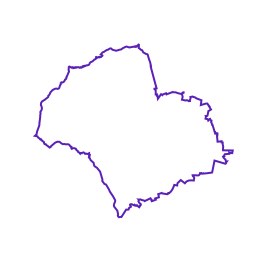 outline of Guadalajara, Jalisco, Mexico, rotated 249°
{"feature_id": "50627088B82139506900234", "entity_name": "Guadalajara", "entity_type": "district", "adm_level": 2, "iso_a3": "MEX", "parent_name": "Mexico", "parent_adm1": "Jalisco", "projection": "albers", "projection_center": [-103.334, 20.678], "detail": "fine", "context": "isolated", "style": "outline", "palette": "violet", "viewbox_px": 256, "rotation_deg": 249, "n_neighbors": 0, "source": "geoboundaries", "source_scale": "gbopen_adm2", "svg_char_len": 5785}
<svg xmlns="http://www.w3.org/2000/svg" viewBox="0 0 256 256"><g transform="rotate(249 128 128)"><path d="M180.7,54.9L179.0,55.0L177.5,54.8L176.2,54.1L175.4,53.3L174.6,52.1L174.2,51.8L173.0,51.7L171.9,50.9L170.6,50.3L169.2,49.7L164.2,47.0L162.7,46.4L161.7,45.7L157.8,42.3L156.5,41.3L154.8,40.3L154.0,38.3L152.6,40.5L151.6,40.6L151.1,40.8L149.4,42.0L148.9,41.9L148.6,42.2L148.6,42.8L148.2,43.0L147.7,42.8L147.2,43.1L146.1,43.7L145.8,43.9L145.6,44.2L145.3,44.4L144.9,44.5L143.8,44.2L143.0,44.3L142.8,44.6L142.6,45.0L142.2,45.5L141.4,45.6L140.0,46.6L137.8,47.8L137.8,48.1L138.1,48.7L138.0,49.0L138.7,49.8L138.9,50.6L140.4,54.7L140.5,57.2L139.6,59.1L137.5,60.3L136.3,61.4L135.8,63.0L135.0,64.1L134.5,65.8L134.0,66.6L133.5,67.1L131.6,67.6L130.7,68.5L130.0,68.3L129.8,67.9L129.1,67.9L128.7,68.1L129.0,68.6L128.7,69.8L128.3,70.8L127.3,71.9L126.9,71.8L126.6,71.8L125.5,72.2L124.3,72.9L123.7,72.8L123.3,73.0L123.0,73.4L121.2,74.1L121.6,74.5L121.7,74.9L121.6,75.2L121.2,75.5L121.0,75.8L121.2,76.0L121.2,77.7L120.2,78.5L119.2,78.7L119.0,79.9L118.2,80.9L118.4,82.6L116.3,81.8L116.3,82.5L115.6,82.1L115.1,81.7L114.7,81.0L114.4,80.9L113.5,81.5L111.3,81.6L107.9,83.4L105.2,83.0L104.3,83.1L101.9,84.8L97.6,86.2L97.0,86.3L88.7,85.6L88.0,85.1L87.6,85.0L87.1,85.1L86.0,85.5L84.2,85.9L83.4,87.0L82.7,87.3L77.4,88.2L75.9,88.2L75.0,88.3L69.8,89.5L65.6,90.1L64.9,90.1L63.9,89.6L61.9,87.7L60.8,87.1L59.9,86.9L58.9,87.1L54.6,88.4L51.3,87.9L50.9,87.8L49.9,87.1L49.4,87.1L48.6,87.2L48.2,87.5L47.9,87.8L47.6,89.6L47.3,90.0L52.5,97.1L52.1,97.8L51.7,99.3L53.1,100.5L53.3,102.4L53.4,102.5L54.1,102.6L54.8,102.3L55.2,102.3L55.7,102.4L55.8,102.5L55.9,102.8L55.5,104.2L53.5,106.1L53.9,106.7L52.4,107.6L52.4,108.2L52.7,108.7L50.8,109.5L50.0,110.1L50.7,110.9L50.9,111.3L51.3,111.4L51.4,112.1L51.8,112.5L52.5,112.6L54.3,111.6L55.7,111.5L56.0,111.5L57.0,112.6L57.4,112.4L56.9,113.6L56.9,114.0L55.9,115.0L54.5,117.0L53.8,117.3L54.3,123.8L53.5,123.9L53.2,124.2L51.8,124.4L51.7,123.9L51.1,124.0L51.1,128.3L52.5,128.1L52.3,131.2L52.2,132.0L54.0,132.4L55.4,132.5L55.3,134.7L55.3,136.2L54.8,136.3L52.1,140.9L52.2,141.6L52.7,141.8L52.9,142.3L52.8,142.7L52.4,143.0L52.8,144.1L53.6,145.8L55.1,147.8L57.3,150.0L58.3,150.8L56.7,153.3L57.6,153.7L58.8,154.6L60.5,158.6L56.0,161.3L57.0,163.2L57.2,164.6L57.1,166.2L56.5,168.2L55.4,170.6L57.6,171.9L58.1,172.0L58.9,171.8L59.8,171.3L60.7,171.4L60.3,172.6L58.6,176.4L58.5,176.8L58.5,177.2L58.8,177.8L59.3,178.7L60.0,179.0L59.8,179.6L59.7,180.1L59.2,180.0L58.8,181.6L58.6,181.5L57.3,186.1L56.3,190.6L58.2,191.8L66.6,197.1L59.8,206.0L60.0,206.3L59.9,206.8L61.0,207.7L61.4,208.4L61.8,207.4L63.5,207.7L66.2,206.5L67.2,206.5L67.2,207.8L67.8,207.8L68.8,209.1L67.6,213.3L68.5,213.6L68.1,213.8L68.4,214.0L67.2,216.3L69.5,217.7L73.1,208.7L73.4,208.7L76.8,210.3L77.3,210.3L79.0,210.6L80.5,211.2L81.0,210.2L82.1,210.6L83.1,206.7L88.2,208.1L88.7,208.3L88.7,208.6L90.5,209.4L90.6,208.6L91.3,208.9L91.7,207.5L92.1,207.8L92.5,207.8L92.5,208.0L92.8,208.0L92.8,207.5L93.6,207.5L95.7,207.7L100.7,208.0L100.8,207.7L103.4,207.9L103.7,207.7L104.9,208.5L105.1,208.1L105.6,208.0L107.1,207.9L107.1,207.5L106.2,205.6L107.2,205.6L107.7,205.5L107.7,205.3L108.0,205.1L108.9,203.7L110.8,204.9L111.3,204.9L110.9,206.0L111.0,206.5L111.8,207.1L115.0,209.1L115.1,210.2L115.3,210.8L115.5,212.1L119.9,211.3L119.8,211.5L122.4,210.8L122.9,209.4L123.3,204.2L127.6,206.5L131.3,202.3L132.3,201.8L133.0,201.0L133.8,199.8L134.2,199.6L134.6,197.4L133.6,197.2L131.6,195.7L131.0,195.5L131.3,194.3L131.9,194.0L132.5,193.5L132.9,192.6L133.0,191.7L135.1,188.5L137.5,190.2L139.0,190.4L140.2,190.4L140.6,191.0L140.9,191.8L141.0,192.6L141.4,192.7L141.5,192.1L141.3,191.4L140.5,190.1L141.0,189.5L142.6,187.1L144.2,185.3L145.3,182.7L145.6,182.6L145.6,176.0L146.8,176.0L146.8,172.3L146.4,171.9L147.7,171.0L144.6,166.4L147.8,167.1L147.9,166.6L149.1,167.0L149.4,165.9L153.3,167.4L154.8,166.6L155.2,166.8L154.8,168.9L162.1,169.6L177.2,171.2L177.5,171.3L177.5,171.6L178.5,171.7L178.5,171.8L181.4,172.2L185.4,172.3L189.6,172.7L190.0,172.4L190.5,171.6L191.1,170.9L191.7,170.6L192.9,169.5L193.3,169.3L194.6,169.2L195.6,169.0L196.6,167.9L197.7,167.5L198.5,166.8L198.7,166.7L201.6,167.9L201.9,168.0L202.1,167.8L201.6,166.4L200.8,165.2L201.0,164.3L201.6,164.4L201.7,164.1L201.3,163.8L201.4,163.3L201.8,162.8L202.7,158.1L204.5,155.9L204.6,155.6L204.6,154.1L204.3,151.4L203.8,149.9L204.2,147.6L204.3,145.0L204.4,144.6L206.7,141.5L208.0,140.9L208.4,140.6L208.7,139.7L208.6,138.9L208.3,137.6L208.4,135.9L207.7,132.9L207.7,131.3L206.4,128.9L205.0,130.1L204.7,130.1L204.1,128.7L204.0,128.2L204.1,127.7L204.5,127.1L204.2,126.8L204.8,126.1L204.8,125.6L204.5,125.1L204.7,124.7L204.6,124.3L205.4,124.1L205.7,123.8L205.7,123.6L205.2,123.4L204.4,123.3L203.9,122.0L204.0,121.8L204.0,121.3L202.9,118.7L202.8,116.5L202.4,115.7L201.9,115.3L201.4,114.7L201.0,114.0L201.0,113.5L201.0,112.8L201.3,112.1L201.2,109.1L201.7,109.4L201.9,108.2L201.8,107.6L201.1,106.9L201.1,106.0L201.7,105.7L201.7,105.2L201.4,104.9L201.5,104.5L201.8,104.1L202.3,103.9L202.7,103.2L202.9,102.2L202.8,101.6L202.9,101.4L203.4,101.3L203.5,101.1L203.2,100.7L203.5,100.4L203.6,100.2L203.2,99.8L203.3,99.3L203.7,99.2L203.9,99.0L203.5,98.5L203.5,98.3L204.2,98.2L204.7,97.8L204.5,97.2L204.6,96.7L205.4,96.4L205.8,95.8L206.3,95.5L206.4,95.1L206.1,94.5L204.5,93.9L203.9,93.6L203.5,93.3L201.9,93.2L201.4,92.8L200.7,91.9L199.2,90.6L198.8,90.1L198.4,89.8L197.5,88.6L196.9,88.6L196.1,87.8L195.8,87.3L195.9,86.8L195.4,86.2L194.8,85.7L194.3,84.9L193.9,83.2L194.5,82.2L194.1,81.3L192.8,80.9L192.2,79.8L190.6,78.6L190.0,78.1L189.7,77.6L189.6,77.2L189.7,76.9L189.8,76.2L190.4,75.4L190.7,74.5L190.7,73.8L190.6,72.0L190.1,70.3L189.5,69.4L189.2,68.5L187.4,66.7L186.8,65.7L186.7,65.2L186.1,65.0L185.4,64.3L184.1,60.0L183.7,57.6L183.2,56.7L182.6,55.9L180.7,54.9Z" fill="none" stroke="#5b21b6" stroke-width="2"/></g></svg>